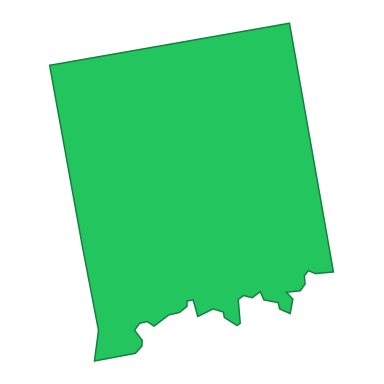 outline of Llano, Texas, United States of America, rotated 80°
{"feature_id": "52423323B33925670758301", "entity_name": "Llano", "entity_type": "district", "adm_level": 2, "iso_a3": "USA", "parent_name": "United States of America", "parent_adm1": "Texas", "projection": "robinson", "projection_center": [-98.441, 30.704], "detail": "fine", "context": "isolated", "style": "filled", "palette": "green", "viewbox_px": 384, "rotation_deg": 80, "n_neighbors": 0, "source": "geoboundaries", "source_scale": "gbopen_adm2", "svg_char_len": 642}
<svg xmlns="http://www.w3.org/2000/svg" viewBox="0 0 384 384"><g transform="rotate(80 192 192)"><path d="M341.5,317.4L341.0,275.7L335.0,268.1L329.3,266.8L318.2,272.6L312.2,266.4L311.8,258.6L317.5,252.7L309.0,236.1L308.5,225.3L303.8,216.8L298.5,215.8L298.6,209.6L315.6,207.9L310.8,191.6L315.6,182.0L321.2,181.9L331.3,170.9L329.6,167.3L305.9,165.1L302.9,159.1L306.6,151.0L302.0,142.1L310.8,139.9L315.9,126.3L322.4,126.0L328.8,116.5L315.1,111.3L307.1,116.4L308.1,102.5L302.2,96.6L294.0,95.9L289.6,91.1L293.8,84.6L295.3,66.6L42.7,66.7L42.5,310.2L224.2,309.4L312.0,308.1L341.5,317.4Z" fill="#22c55e" stroke="#15803d" stroke-width="1.5"/></g></svg>